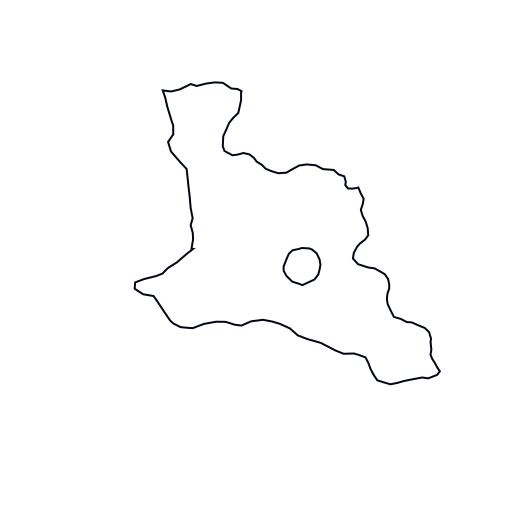 outline of Babek District, Babək, Azerbaijan, rotated 332°
{"feature_id": "54616110B53070579367508", "entity_name": "Babek District", "entity_type": "district", "adm_level": 2, "iso_a3": "AZE", "parent_name": "Azerbaijan", "parent_adm1": "Babək", "projection": "mercator", "projection_center": [45.413, 39.259], "detail": "fine", "context": "isolated", "style": "outline", "palette": "ink", "viewbox_px": 512, "rotation_deg": 332, "n_neighbors": 0, "source": "geoboundaries", "source_scale": "gbopen_adm2", "svg_char_len": 2361}
<svg xmlns="http://www.w3.org/2000/svg" viewBox="0 0 512 512"><g transform="rotate(332 256 256)"><path d="M378.5,243.6L377.7,243.5L372.7,241.8L368.9,239.5L368.1,235.4L370.2,232.5L371.3,227.1L367.2,222.7L365.0,216.5L355.9,210.7L351.4,204.0L344.0,199.1L343.9,199.0L336.7,196.4L329.0,196.4L321.9,196.7L314.6,193.4L310.1,189.0L305.6,183.7L303.9,178.1L300.9,173.0L300.2,168.3L297.9,163.2L293.1,159.1L287.3,157.8L282.5,156.0L277.5,148.5L278.1,143.7L283.3,134.9L288.9,130.6L294.7,125.9L300.8,123.3L307.5,121.4L312.2,115.9L315.9,111.5L319.5,104.8L320.6,103.6L318.0,99.8L312.9,96.6L308.0,87.5L301.2,83.4L293.1,80.4L283.4,78.0L279.2,73.6L266.8,73.1L258.3,70.9L251.8,66.3L251.4,66.0L250.2,73.6L247.8,82.4L245.1,96.1L244.1,102.0L240.0,109.8L231.9,114.0L230.0,123.8L233.1,137.3L235.6,146.6L232.4,154.6L229.0,163.0L225.1,173.0L220.9,182.8L217.8,192.9L212.8,198.1L210.9,206.2L208.2,211.9L202.5,219.2L203.9,220.2L196.4,221.5L183.0,224.5L172.4,225.3L165.1,227.6L158.3,226.8L146.4,223.8L136.9,222.6L134.4,226.5L133.5,228.0L138.4,236.8L146.8,243.3L147.6,250.2L148.7,261.6L149.9,272.7L151.4,276.9L156.0,283.4L163.6,288.4L166.3,290.0L178.1,291.5L189.9,295.3L198.3,299.9L205.1,306.8L210.5,310.6L221.1,311.4L232.2,315.6L239.8,321.7L245.2,327.1L252.0,335.9L255.6,345.7L262.2,353.3L272.4,363.1L274.9,366.7L281.7,376.6L287.5,383.5L296.6,388.0L300.3,391.6L305.1,396.9L305.0,403.2L304.1,409.5L304.1,416.5L304.8,422.8L310.3,428.3L314.5,432.4L321.2,434.4L327.8,435.8L333.6,437.5L340.3,439.6L345.7,441.3L350.7,444.9L360.1,446.0L364.2,444.1L363.7,439.7L363.7,434.3L363.3,429.2L363.8,425.0L366.8,421.1L368.5,417.0L369.8,413.8L371.8,411.1L372.4,407.5L373.1,404.6L371.2,398.7L366.9,393.6L362.4,387.8L358.0,385.0L354.4,379.6L349.2,374.6L349.3,367.6L349.7,360.1L351.4,355.4L354.3,351.1L355.7,349.7L358.4,347.2L360.3,343.5L361.8,338.4L361.2,332.6L356.7,325.3L354.7,322.4L350.4,319.4L349.0,318.1L342.3,311.2L340.4,303.7L343.9,299.1L349.8,295.2L353.9,293.7L360.1,292.7L364.8,290.4L367.6,284.1L369.0,277.2L369.0,270.6L370.2,264.5L374.9,260.0L377.9,256.0L377.9,249.9L378.5,243.6ZM294.7,269.2L296.4,269.7L300.3,270.5L306.7,274.4L308.6,276.7L310.8,282.1L310.5,289.0L308.7,294.1L305.6,298.0L302.3,301.6L296.6,304.2L283.3,303.5L281.1,300.9L276.0,295.7L273.5,287.7L273.5,282.1L275.3,278.4L278.3,275.8L281.6,273.0L286.1,269.4L291.1,268.1L294.7,269.2Z" fill="none" stroke="#020617" stroke-width="2"/></g></svg>